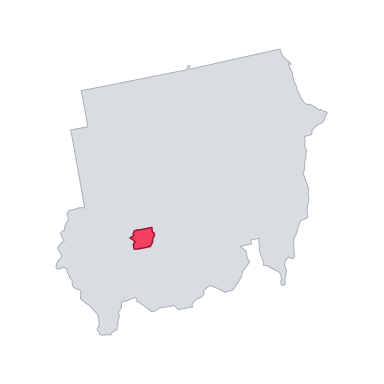 Um Kadadah, North Darfur, Sudan shown in context, rotated 349°
{"feature_id": "16777658B38169285241768", "entity_name": "Um Kadadah", "entity_type": "district", "adm_level": 2, "iso_a3": "SDN", "parent_name": "Sudan", "parent_adm1": "North Darfur", "projection": "orthographic", "projection_center": [27.208, 13.486], "detail": "fine", "context": "in_parent", "style": "filled", "palette": "rose", "viewbox_px": 384, "rotation_deg": 349, "n_neighbors": 0, "source": "geoboundaries", "source_scale": "gbopen_adm2", "svg_char_len": 4763}
<svg xmlns="http://www.w3.org/2000/svg" viewBox="0 0 384 384"><g transform="rotate(349 192 192)"><path d="M265.8,300.7L262.4,300.8L262.0,300.0L262.0,297.8L262.4,296.1L263.6,293.4L263.2,292.0L263.4,289.9L262.4,287.5L254.2,280.9L252.6,279.1L248.2,277.5L248.9,275.6L246.9,261.6L247.7,260.0L247.9,257.6L247.8,255.4L248.8,251.8L248.9,250.3L240.3,250.4L240.2,252.0L240.7,253.7L240.6,254.3L228.7,254.6L233.6,260.0L233.8,262.4L233.6,265.4L233.7,267.3L234.0,268.6L235.4,271.0L235.3,271.5L235.0,272.0L226.6,279.5L225.2,282.9L224.1,284.7L221.7,287.7L214.0,295.6L212.7,296.2L206.8,296.5L206.2,296.7L205.7,297.1L200.3,292.5L191.7,287.1L186.1,290.1L184.5,291.1L184.5,293.8L183.7,295.1L182.1,296.6L178.0,297.6L175.8,298.4L173.2,299.9L170.6,302.4L170.5,303.7L170.8,304.9L156.3,304.9L155.3,304.0L153.2,299.9L151.7,300.1L138.5,299.7L136.6,300.1L132.8,301.8L130.9,302.0L129.0,301.3L122.0,293.1L120.5,292.2L119.0,290.2L117.5,289.4L117.0,288.7L116.9,287.9L116.9,286.1L116.4,285.0L115.3,284.7L106.0,286.5L104.7,286.3L102.7,286.6L102.0,287.0L101.2,288.0L101.1,290.2L100.8,291.3L100.1,292.6L97.4,295.3L96.8,296.5L97.0,299.5L96.8,301.0L96.4,301.7L95.2,302.9L94.8,303.6L94.3,307.4L92.8,309.8L92.5,310.6L92.4,312.3L92.1,312.8L87.9,314.1L86.3,314.9L85.3,316.2L85.1,316.8L83.3,316.3L81.0,315.9L76.6,315.4L74.8,314.8L74.0,313.9L74.3,311.5L73.8,311.0L73.1,310.6L72.7,309.6L72.8,308.3L75.1,305.7L75.6,304.2L76.3,297.4L76.2,295.3L74.4,291.5L70.2,284.8L69.2,283.5L64.0,278.0L63.4,277.2L62.2,274.9L63.6,269.9L63.7,268.5L63.4,267.1L62.1,266.0L60.9,265.8L59.4,264.4L58.4,263.8L57.5,262.6L56.9,260.9L57.4,255.0L57.1,254.2L55.8,254.0L55.5,253.6L55.6,252.4L54.9,249.0L54.2,246.2L54.6,244.7L53.5,242.6L51.4,241.6L47.2,242.2L45.9,242.1L45.0,241.7L44.4,240.9L44.1,240.0L44.5,238.6L45.7,236.1L47.2,234.1L50.3,232.3L51.1,231.3L51.6,230.2L51.7,228.9L51.5,227.6L51.2,226.3L50.3,224.7L49.5,222.7L49.6,221.5L50.0,220.5L50.8,219.4L53.8,217.3L56.9,215.5L57.4,214.9L57.2,214.2L55.9,212.6L55.5,209.7L54.8,207.7L56.3,206.2L57.5,205.7L59.3,205.2L60.0,204.6L60.2,203.4L60.2,202.2L60.8,201.4L61.7,199.5L62.4,198.7L64.8,196.6L65.3,195.2L65.5,193.8L64.9,189.7L66.3,188.1L68.0,186.7L70.5,186.8L74.3,186.6L76.9,186.0L78.8,186.0L83.0,186.9L83.4,186.5L83.7,185.5L84.9,107.9L102.0,108.1L102.3,107.9L102.8,71.4L209.4,71.1L210.3,70.9L211.8,67.5L212.6,67.2L213.6,67.4L214.0,68.2L213.2,71.0L305.6,68.4L306.1,72.5L307.0,75.8L309.9,80.5L312.3,82.9L313.2,84.3L313.3,85.0L313.3,85.6L312.5,84.9L311.4,84.5L311.4,86.7L312.2,91.3L313.3,94.4L312.8,97.4L313.2,102.4L314.8,108.4L314.7,112.3L317.2,121.2L319.4,126.1L320.5,127.3L321.7,127.9L324.0,128.2L327.4,130.6L330.2,133.2L331.2,134.5L332.6,136.0L333.4,135.7L333.9,135.3L334.9,136.5L339.2,139.0L339.9,140.2L338.5,141.5L336.8,143.7L336.1,145.7L335.7,146.3L334.4,147.6L334.2,148.2L333.6,148.6L333.0,148.7L331.6,149.4L330.3,149.3L329.0,149.7L328.6,150.2L327.6,150.6L326.2,150.9L324.1,152.6L322.2,153.5L321.6,154.2L320.8,157.6L320.1,158.5L317.3,158.7L315.9,159.0L314.0,158.7L313.1,158.8L312.9,159.5L312.7,162.4L312.8,163.6L311.4,166.9L312.2,172.9L310.8,177.5L310.7,178.6L309.3,182.2L308.5,183.6L306.8,190.4L306.2,192.5L304.6,194.7L307.0,210.8L305.7,215.8L305.9,218.5L305.0,222.5L304.3,224.4L303.1,226.7L302.1,229.2L301.3,232.5L300.9,238.8L300.6,239.3L295.5,240.3L293.9,240.8L292.9,241.5L291.6,243.1L289.1,247.6L287.8,250.3L285.8,254.1L283.4,256.7L282.9,258.0L282.5,260.4L281.7,264.1L280.9,266.8L281.1,268.9L280.4,272.6L280.6,274.4L279.7,275.4L278.6,276.4L277.8,276.7L274.1,274.3L271.6,276.1L270.1,278.5L268.9,281.0L269.8,286.0L269.7,287.2L269.4,288.4L267.1,293.5L266.5,295.8L265.8,299.8L265.8,300.7Z" fill="#d9dde1" stroke="#a8b0b8" stroke-width="1"/><path d="M139.8,219.2L138.1,219.2L136.5,219.2L134.1,219.2L133.6,219.2L132.9,219.0L132.3,219.2L131.8,219.1L131.2,218.7L130.9,218.7L130.5,218.8L129.7,218.9L129.0,219.0L128.0,219.1L127.9,219.3L126.3,221.6L126.6,223.6L122.5,225.3L123.9,226.7L125.1,227.8L125.4,228.4L126.5,230.1L124.4,232.3L124.3,233.6L124.3,236.8L124.8,237.1L125.3,237.3L126.2,237.4L128.9,237.6L135.2,237.7L137.1,237.6L140.6,237.5L140.6,237.4L141.2,236.8L141.2,236.7L141.5,236.4L142.1,235.7L142.3,235.4L143.0,234.7L143.3,234.4L143.5,234.2L143.6,233.9L143.5,233.5L143.5,233.4L143.5,233.2L143.8,233.1L143.9,232.9L144.0,232.8L144.0,232.5L144.1,232.2L144.1,231.4L144.1,231.1L144.1,230.8L144.2,230.7L144.4,230.6L144.6,230.3L145.1,229.7L145.9,228.7L146.3,228.4L146.5,228.1L146.6,227.8L146.7,227.7L146.8,227.4L146.9,227.1L147.0,226.7L147.0,226.4L147.0,226.1L147.0,225.9L146.9,225.5L146.9,225.3L146.9,225.2L146.7,225.2L146.5,224.9L146.4,224.7L146.1,224.2L145.4,223.5L145.4,223.4L145.5,222.5L145.5,222.3L145.6,222.1L145.7,221.2L145.7,220.9L145.7,220.7L145.8,219.5L145.8,219.4L145.8,219.1L144.8,219.1L139.9,219.2L139.8,219.2Z" fill="#f43f5e" stroke="#9f1239" stroke-width="1.5"/></g></svg>